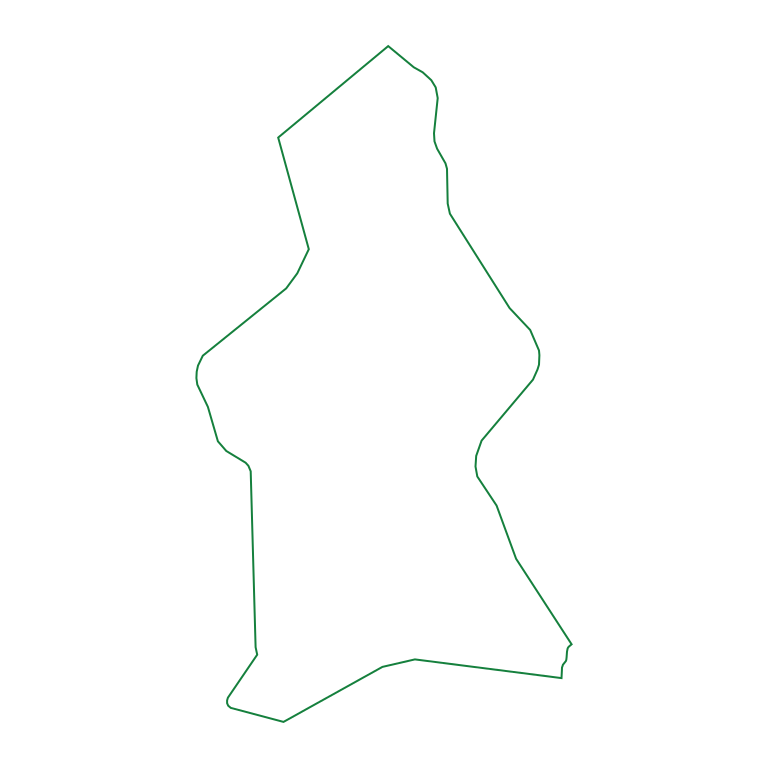 an SVG outline of Lambeth
{"feature_id": "GBR-2768", "entity_name": "Lambeth", "entity_type": "London Borough", "adm_level": 1, "iso_a3": "GBR", "parent_name": "United Kingdom", "parent_adm1": "", "projection": "equal_earth", "projection_center": [-0.106, 51.457], "detail": "fine", "context": "isolated", "style": "outline", "palette": "green", "viewbox_px": 768, "rotation_deg": 0, "n_neighbors": 0, "source": "natural_earth", "source_scale": "10m", "svg_char_len": 924}
<svg xmlns="http://www.w3.org/2000/svg" viewBox="0 0 768 768"><path d="M283.5,721.9L230.8,707.9L228.2,705.7L227.1,703.2L227.1,700.4L227.9,697.7L257.2,654.7L255.6,647.2L250.7,471.3L248.4,465.8L245.6,462.7L226.3,451.0L217.9,441.3L207.9,406.9L197.3,384.6L196.4,378.1L196.7,371.7L198.0,365.6L202.8,355.7L286.2,288.4L297.3,273.3L308.8,249.2L278.2,137.6L279.2,136.7L364.5,65.8L388.2,46.1L413.8,67.3L422.7,72.3L431.3,80.2L435.7,87.4L437.7,98.1L434.0,133.3L434.5,141.4L437.1,148.7L445.5,163.4L447.0,168.8L447.7,203.6L449.9,213.7L509.6,308.1L530.2,330.0L539.0,350.5L539.4,355.2L539.0,364.7L537.5,369.5L533.0,379.6L481.6,440.6L476.2,455.9L475.5,466.5L477.3,476.5L496.6,505.6L516.1,558.8L571.6,644.3L569.0,646.5L568.1,647.5L567.6,648.6L567.0,651.7L566.6,657.2L566.3,659.8L565.9,661.0L562.9,664.8L562.5,666.2L562.0,667.5L561.9,670.2L561.5,678.1L414.9,659.4L382.4,666.9L283.5,721.9Z" fill="none" stroke="#15803d" stroke-width="2"/></svg>